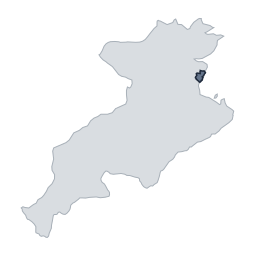 Jungsan, P'yŏngan-namdo, North Korea (highlighted), rotated 181°
{"feature_id": "82179303B67987786077582", "entity_name": "Jungsan", "entity_type": "district", "adm_level": 2, "iso_a3": "PRK", "parent_name": "North Korea", "parent_adm1": "P'yŏngan-namdo", "projection": "natural_earth1", "projection_center": [125.351, 39.096], "detail": "fine", "context": "in_parent", "style": "filled", "palette": "slate", "viewbox_px": 256, "rotation_deg": 181, "n_neighbors": 0, "source": "geoboundaries", "source_scale": "gbopen_adm2", "svg_char_len": 3953}
<svg xmlns="http://www.w3.org/2000/svg" viewBox="0 0 256 256"><g transform="rotate(181 128 128)"><path d="M158.3,200.7L157.1,201.4L155.1,204.9L153.3,209.4L151.4,211.8L149.3,213.2L147.1,214.0L142.6,214.3L138.5,214.0L137.2,213.5L131.5,213.8L130.0,214.1L121.9,213.8L117.7,214.1L115.0,215.0L112.3,216.8L110.0,219.6L107.9,222.5L103.7,227.9L100.8,230.5L100.8,234.2L100.7,235.4L99.7,236.2L99.3,235.8L97.6,235.5L90.7,232.1L85.1,234.2L83.7,236.9L82.2,237.8L79.9,232.5L76.2,232.3L70.4,227.6L67.9,228.5L67.3,230.4L64.1,234.8L59.6,238.3L58.1,238.8L56.5,238.6L56.7,237.6L54.9,233.6L47.8,231.9L45.3,230.2L44.0,229.9L50.9,225.4L52.7,224.6L51.4,223.5L49.9,223.0L44.2,223.7L41.2,222.2L36.9,222.7L33.9,221.5L40.1,217.1L40.4,214.5L40.4,212.6L43.5,206.7L46.7,203.5L54.9,198.9L58.4,198.3L61.0,198.5L63.1,198.1L60.9,196.3L58.7,195.5L54.5,195.7L50.1,193.0L49.7,190.3L58.2,172.7L58.3,171.1L57.0,166.9L56.6,162.7L50.5,160.3L47.8,160.0L40.0,155.3L36.9,153.0L35.7,153.7L35.5,157.4L34.3,158.2L32.3,159.0L31.3,154.7L29.6,151.6L24.5,148.4L22.6,146.7L23.5,142.9L23.1,142.6L23.9,138.4L27.1,135.2L34.9,129.4L36.9,126.7L40.8,123.5L42.6,123.5L44.4,123.3L44.9,121.9L45.4,120.8L46.9,119.8L50.7,118.0L55.0,115.7L58.4,115.1L62.7,111.6L64.4,110.1L66.1,110.1L66.5,109.4L67.5,107.6L68.9,106.4L70.7,106.2L73.8,105.3L77.6,104.8L80.2,101.9L81.0,99.8L82.7,97.5L86.4,95.0L88.9,91.3L91.6,87.3L92.9,86.1L94.2,85.8L95.0,84.3L95.9,80.0L97.1,75.9L97.9,73.9L101.1,71.8L101.9,70.8L102.6,70.4L104.1,70.7L106.0,69.5L107.9,68.1L109.6,68.6L111.4,69.7L113.2,72.0L114.0,73.8L115.4,75.3L115.7,77.6L117.2,78.5L120.2,79.0L125.2,80.5L128.4,80.6L130.3,81.7L134.1,82.4L141.8,81.5L145.0,82.0L146.3,83.4L148.3,84.5L149.5,84.5L151.2,82.7L153.0,79.6L154.2,77.2L154.1,75.3L153.0,73.3L150.5,71.5L148.8,68.6L147.2,65.6L146.2,64.6L145.4,63.2L145.3,60.9L145.8,59.4L149.6,58.4L154.5,57.8L158.5,58.5L165.1,58.0L169.2,57.2L172.2,57.3L175.0,57.3L176.2,56.0L180.0,52.9L181.9,51.9L183.9,49.8L184.2,47.6L184.6,45.8L185.7,43.9L187.7,41.6L189.4,40.5L191.4,40.7L193.4,41.7L194.7,42.8L196.2,42.5L197.3,40.7L198.1,40.3L200.4,40.2L201.2,39.0L202.0,33.7L202.8,29.4L202.9,26.4L204.9,21.5L205.5,18.6L206.7,17.2L208.1,17.3L209.3,18.2L210.8,18.7L212.8,18.2L214.2,18.9L215.1,20.5L218.1,21.6L218.4,22.4L218.4,27.8L220.1,30.3L222.3,32.5L225.3,34.6L226.9,35.0L227.9,36.5L228.8,39.1L231.0,41.5L232.2,43.3L232.4,45.2L233.4,46.2L231.7,47.4L229.5,46.7L225.8,46.3L221.1,49.9L218.5,51.2L216.7,54.8L213.0,57.0L211.0,59.3L208.5,63.2L206.8,67.0L202.9,71.0L200.6,75.9L200.6,80.1L203.2,84.4L203.5,88.1L201.8,95.6L202.9,103.6L201.9,106.8L189.7,112.3L186.5,115.0L182.1,122.2L176.6,124.8L173.2,127.7L168.5,129.4L165.5,134.5L162.2,137.3L158.3,139.0L155.3,141.3L148.7,141.4L144.0,143.0L140.7,147.2L130.7,151.9L129.4,155.6L130.1,161.2L130.2,165.4L129.3,169.0L127.1,168.0L125.9,169.1L124.6,172.4L125.0,176.1L128.5,177.3L131.3,178.8L135.3,179.6L138.3,181.3L144.6,189.1L149.7,192.6L151.1,193.8L154.0,195.6L156.7,198.3L158.3,200.7ZM41.3,162.3L39.4,163.5L39.3,161.3L40.7,159.5L42.3,159.3L41.3,162.3Z" fill="#d9dde1" stroke="#a8b0b8" stroke-width="1"/><path d="M57.5,175.0L57.9,175.7L57.7,175.7L57.4,175.2L57.0,175.0L56.8,175.2L56.5,175.3L55.8,176.0L55.7,176.4L55.4,176.6L55.7,176.7L55.7,176.8L55.1,177.0L54.8,177.4L54.6,177.6L54.6,178.0L54.4,178.1L54.3,178.4L54.3,178.7L54.1,179.4L54.1,179.7L53.9,179.9L54.2,180.2L54.5,180.2L54.6,180.3L54.3,180.4L54.2,180.6L54.2,180.8L54.0,181.0L53.7,181.3L53.5,181.5L53.3,181.5L53.2,181.6L53.1,182.0L52.7,183.0L52.2,183.8L51.9,184.0L51.5,184.7L51.6,184.9L51.8,185.1L52.2,185.4L52.6,186.0L53.0,186.5L53.5,186.3L53.9,186.2L54.4,186.3L55.2,186.3L56.5,186.7L56.4,186.3L57.0,186.0L56.9,185.5L56.9,184.5L56.8,183.7L57.3,183.8L57.9,183.8L58.6,184.0L59.4,184.1L60.0,184.1L60.5,183.5L60.7,183.3L60.3,182.8L60.2,182.2L60.1,181.8L60.6,181.2L61.3,180.2L61.5,179.4L61.3,179.1L60.8,178.8L60.5,178.4L60.6,177.9L60.1,177.5L59.6,177.3L59.2,176.8L58.8,176.5L58.3,176.1L58.0,175.8L57.5,175.0Z" fill="#64748b" stroke="#1e293b" stroke-width="1.5"/></g></svg>